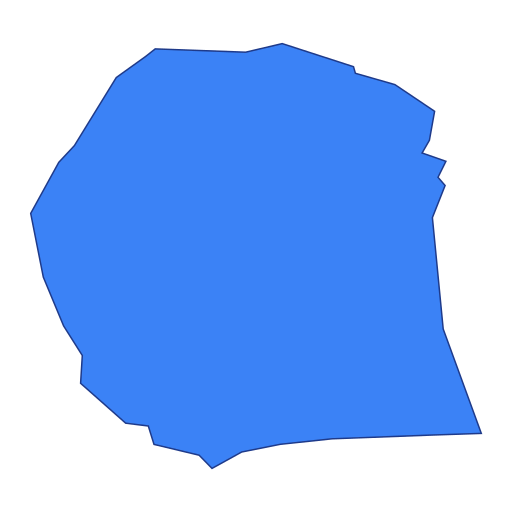 Warren, Tennessee, United States of America (Robinson projection)
{"feature_id": "52423323B22334465624474", "entity_name": "Warren", "entity_type": "district", "adm_level": 2, "iso_a3": "USA", "parent_name": "United States of America", "parent_adm1": "Tennessee", "projection": "robinson", "projection_center": [-85.78, 35.677], "detail": "fine", "context": "isolated", "style": "filled", "palette": "blue", "viewbox_px": 512, "rotation_deg": 0, "n_neighbors": 0, "source": "geoboundaries", "source_scale": "gbopen_adm2", "svg_char_len": 524}
<svg xmlns="http://www.w3.org/2000/svg" viewBox="0 0 512 512"><path d="M43.3,277.1L63.6,325.9L82.3,355.5L80.6,383.3L125.7,423.2L148.3,426.0L154.0,444.4L199.1,455.2L212.0,468.4L241.7,452.0L280.3,444.3L332.0,438.8L430.3,435.1L481.3,433.4L443.2,329.0L432.4,217.6L445.1,185.5L438.0,177.3L445.9,161.3L422.1,153.0L429.4,140.3L434.6,111.3L394.9,84.6L355.4,73.3L353.5,66.7L282.2,43.6L245.6,52.2L155.2,48.9L145.7,56.4L116.3,77.5L74.4,145.6L58.8,162.3L30.7,213.4L43.3,277.1Z" fill="#3b82f6" stroke="#1e3a8a" stroke-width="1.5"/></svg>